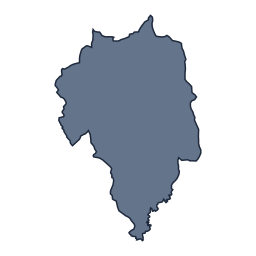 Padang Terap, Kedah, Malaysia
{"feature_id": "92858781B11501652719987", "entity_name": "Padang Terap", "entity_type": "district", "adm_level": 2, "iso_a3": "MYS", "parent_name": "Malaysia", "parent_adm1": "Kedah", "projection": "orthographic", "projection_center": [100.684, 6.234], "detail": "fine", "context": "isolated", "style": "filled", "palette": "slate", "viewbox_px": 256, "rotation_deg": 0, "n_neighbors": 0, "source": "geoboundaries", "source_scale": "gbopen_adm2", "svg_char_len": 4564}
<svg xmlns="http://www.w3.org/2000/svg" viewBox="0 0 256 256"><path d="M129.0,232.6L129.4,233.6L129.8,234.0L130.6,234.5L131.1,235.1L131.1,235.7L132.2,236.1L133.0,236.5L133.8,236.4L134.8,236.4L135.7,236.7L135.9,237.1L135.7,238.2L136.5,238.5L136.7,239.1L136.6,239.9L137.3,239.8L137.9,239.5L138.5,239.4L139.1,239.2L140.0,238.8L140.8,239.0L141.4,239.5L141.9,240.1L142.4,240.6L143.1,240.1L143.1,239.1L143.0,238.3L143.1,237.2L142.9,236.6L142.4,235.3L142.5,234.6L142.6,233.5L143.6,233.3L144.9,233.2L145.3,232.6L145.5,231.4L146.5,231.3L147.4,231.2L148.2,230.8L149.0,230.4L150.0,229.4L150.2,228.3L149.7,227.7L149.6,227.0L150.0,225.9L150.8,225.9L150.9,225.1L150.3,224.9L149.5,224.8L148.5,224.7L148.3,224.8L148.4,225.4L147.8,225.5L147.7,224.4L148.4,223.2L148.8,222.5L148.5,222.2L147.4,222.8L146.7,222.6L147.1,221.5L147.8,221.1L148.9,220.6L149.0,220.2L148.4,219.4L147.9,218.4L148.5,217.8L149.2,217.3L149.6,217.0L149.7,216.3L148.9,215.5L148.3,215.2L147.9,214.7L148.2,214.0L148.6,213.5L149.3,213.1L150.0,212.7L150.3,212.0L150.3,211.5L150.2,210.5L150.2,209.7L150.4,208.7L150.6,208.0L151.7,208.5L151.9,209.5L152.1,210.4L152.5,211.2L153.4,211.0L154.1,210.2L155.0,210.8L155.5,211.2L156.0,210.8L156.7,210.5L157.5,209.9L158.1,208.9L158.0,208.2L157.6,208.0L157.0,207.3L156.8,206.1L156.7,205.3L157.2,204.6L157.8,204.1L157.9,203.2L158.7,202.7L159.5,202.5L160.4,202.4L161.3,202.2L161.8,202.0L162.5,201.7L162.9,201.0L163.2,200.5L163.4,199.6L163.7,199.1L164.4,200.1L164.8,201.1L165.4,201.8L166.0,202.6L166.7,202.1L166.9,201.6L167.5,201.2L167.3,200.8L166.5,200.4L166.7,199.6L167.5,199.5L168.1,199.5L169.1,199.3L169.9,199.0L170.3,198.4L169.8,197.8L169.7,197.1L170.0,196.7L169.8,196.2L169.1,195.7L168.8,195.2L169.7,194.9L171.2,195.0L171.7,194.6L171.6,193.4L171.2,192.6L171.6,191.2L172.8,189.6L171.5,188.6L171.5,185.3L172.5,183.4L173.9,182.0L175.6,180.3L177.2,178.2L178.9,174.4L179.3,171.4L178.4,168.8L178.6,166.2L177.9,162.9L177.9,160.1L178.6,157.7L181.7,160.3L183.8,160.1L188.0,159.8L189.7,160.8L193.0,160.8L196.1,161.0L197.9,159.1L199.4,156.5L200.8,153.2L200.8,149.9L199.4,146.9L198.6,143.6L198.6,139.8L198.4,136.7L198.6,129.4L194.4,120.0L194.9,117.4L193.7,115.0L193.0,112.2L191.1,108.9L190.4,106.1L190.4,102.8L192.0,100.7L194.6,99.7L196.5,96.9L194.9,94.8L192.0,92.6L191.6,86.5L189.2,83.9L186.8,81.8L185.0,79.4L185.0,72.8L185.4,69.1L185.2,65.3L184.7,61.5L185.9,59.4L184.5,55.2L183.5,51.2L181.9,47.9L181.4,43.4L179.5,42.2L176.2,41.3L172.5,40.6L169.9,37.7L168.9,36.6L166.8,35.4L164.9,36.6L161.9,37.0L156.2,36.3L155.0,34.2L153.8,31.6L152.7,28.6L152.2,26.4L152.0,23.6L152.7,20.5L152.4,17.2L150.5,15.4L148.4,18.0L148.4,19.8L144.7,22.0L143.0,24.3L141.4,26.4L139.2,30.0L138.5,31.9L134.3,32.1L132.9,33.7L129.6,34.2L129.1,36.6L125.6,38.2L121.1,39.6L118.5,41.0L113.3,41.0L112.8,38.9L113.8,37.3L112.1,36.8L105.3,36.8L102.0,35.6L100.8,33.7L99.6,32.1L98.0,32.1L94.5,31.4L93.1,29.5L92.6,32.1L93.1,34.4L93.0,37.5L92.8,40.3L91.6,43.2L91.6,45.0L91.6,47.4L87.6,45.8L86.0,46.0L83.4,48.1L82.4,48.6L81.5,50.0L80.7,52.5L79.8,55.9L79.5,58.7L79.5,61.5L79.5,62.7L76.7,63.3L72.9,64.4L70.3,65.7L68.7,67.0L66.7,68.0L64.7,69.1L62.5,68.6L61.6,69.7L61.6,71.6L62.0,74.0L61.6,75.9L60.1,76.3L59.6,76.8L56.3,80.4L55.4,83.4L55.2,85.5L56.9,87.5L58.5,90.0L56.7,92.3L60.8,97.1L63.1,97.9L64.4,99.2L65.5,101.2L66.2,102.4L65.8,104.2L63.5,106.6L64.0,108.6L63.7,109.6L62.3,111.3L62.2,112.4L63.7,114.5L64.1,115.7L63.5,116.7L60.3,117.5L59.1,117.8L58.9,119.9L58.9,120.7L59.6,121.8L59.8,122.6L60.4,123.4L60.7,124.0L61.0,125.2L61.9,125.9L62.4,126.3L62.8,127.1L62.7,127.5L62.0,128.0L62.6,128.9L63.4,129.4L63.8,130.0L63.9,130.9L64.1,131.7L64.6,132.5L65.1,133.3L66.5,135.4L66.8,136.4L66.8,137.1L67.4,137.7L68.2,138.8L69.3,139.8L70.0,140.6L70.2,141.5L70.2,142.2L70.4,143.0L70.7,143.5L71.5,144.6L72.5,145.7L79.5,139.2L80.4,137.2L80.7,136.1L81.2,135.7L82.2,135.3L83.2,134.7L83.8,134.3L84.8,134.2L86.9,132.4L88.4,130.6L90.2,134.4L90.8,139.5L91.0,142.8L92.5,144.5L93.8,146.2L94.3,147.1L94.6,148.7L95.6,150.4L96.4,151.6L95.6,153.3L94.9,153.9L93.7,154.6L93.2,155.7L93.7,156.9L96.1,157.3L98.7,157.8L100.3,158.5L102.7,159.9L110.3,166.7L111.6,168.5L111.3,170.2L110.7,171.8L110.7,173.2L111.8,174.4L111.9,177.4L112.3,177.3L113.0,178.0L113.7,180.2L113.3,183.1L113.0,184.8L112.5,186.0L111.9,187.5L111.4,188.7L110.8,190.1L110.4,192.0L110.5,193.9L111.5,194.8L112.2,195.7L112.4,197.6L112.5,198.9L113.1,199.5L114.4,200.2L116.1,200.9L116.8,203.4L117.6,207.2L119.0,210.8L125.6,215.7L127.7,216.7L129.8,218.1L131.2,220.4L132.6,222.1L134.3,224.2L134.8,226.3L133.8,229.2L131.9,230.1L130.0,231.5L129.0,232.6Z" fill="#64748b" stroke="#1e293b" stroke-width="1.5"/></svg>